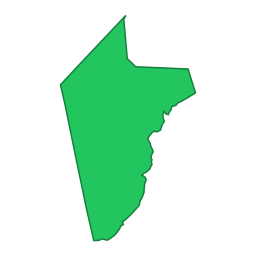 Tangará, Rio Grande do Norte, Brazil
{"feature_id": "56859067B19531014030486", "entity_name": "Tangará", "entity_type": "district", "adm_level": 2, "iso_a3": "BRA", "parent_name": "Brazil", "parent_adm1": "Rio Grande do Norte", "projection": "robinson", "projection_center": [-35.801, -6.218], "detail": "fine", "context": "isolated", "style": "filled", "palette": "green", "viewbox_px": 256, "rotation_deg": 0, "n_neighbors": 0, "source": "geoboundaries", "source_scale": "gbopen_adm2", "svg_char_len": 1072}
<svg xmlns="http://www.w3.org/2000/svg" viewBox="0 0 256 256"><path d="M195.5,92.9L191.4,79.8L188.1,69.0L148.6,67.3L135.8,66.8L127.3,58.7L123.8,19.4L125.8,15.4L76.2,67.9L60.5,84.8L65.3,105.9L77.0,163.2L81.8,186.2L86.4,208.5L93.8,240.6L96.9,240.5L99.5,240.2L101.7,239.0L103.9,239.3L107.2,240.2L109.9,238.7L112.9,236.5L114.8,234.9L116.9,232.6L118.7,230.1L120.1,227.8L120.8,225.8L123.3,224.6L122.5,221.8L125.4,219.7L128.3,217.0L132.2,213.2L136.2,208.8L139.0,205.6L140.3,200.7L142.4,196.9L144.0,192.3L144.2,188.4L144.6,184.5L146.1,179.6L145.3,177.5L142.0,175.1L143.8,173.3L146.0,172.3L147.9,170.6L150.0,168.7L150.8,166.5L152.0,164.6L151.3,161.9L152.0,159.7L151.0,157.8L151.6,154.9L153.1,152.0L152.6,149.6L151.2,147.3L150.1,143.0L148.4,140.6L148.0,137.7L149.7,135.7L152.3,132.3L154.6,131.2L156.9,131.9L160.4,130.2L161.8,125.9L162.8,123.8L164.4,121.4L163.2,118.2L162.8,114.7L164.3,111.4L166.0,114.0L168.3,114.7L169.1,112.4L171.0,109.9L171.8,106.5L173.7,106.0L175.8,105.4L177.7,103.1L180.1,101.9L182.2,100.9L195.5,92.9Z" fill="#22c55e" stroke="#15803d" stroke-width="1.5"/></svg>